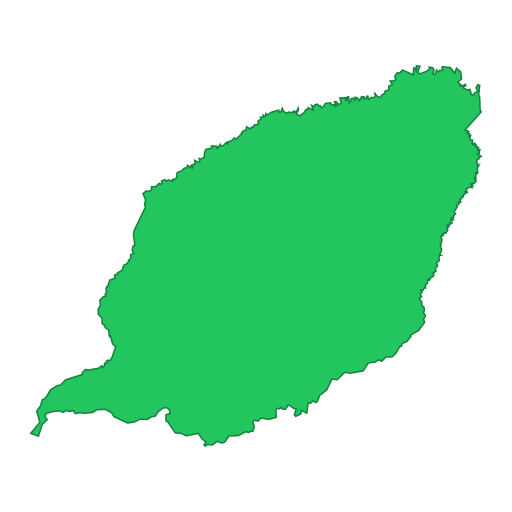 the district of Atalaia do Norte, Amazonas, Brazil
{"feature_id": "56859067B65485881106504", "entity_name": "Atalaia do Norte", "entity_type": "district", "adm_level": 2, "iso_a3": "BRA", "parent_name": "Brazil", "parent_adm1": "Amazonas", "projection": "mercator", "projection_center": [-71.422, -5.671], "detail": "fine", "context": "isolated", "style": "filled", "palette": "green", "viewbox_px": 512, "rotation_deg": 0, "n_neighbors": 0, "source": "geoboundaries", "source_scale": "gbopen_adm2", "svg_char_len": 6012}
<svg xmlns="http://www.w3.org/2000/svg" viewBox="0 0 512 512"><path d="M38.5,436.1L42.1,424.6L47.3,419.6L45.2,417.1L45.6,413.8L52.0,411.7L59.3,410.9L63.3,412.4L65.8,410.5L69.0,411.4L73.3,410.7L75.3,413.6L79.8,412.6L83.9,413.3L92.4,412.5L97.1,409.7L105.3,409.4L111.7,412.9L114.0,416.7L127.7,423.0L134.2,422.0L140.4,419.1L147.2,419.5L151.0,417.0L155.3,416.1L158.1,411.9L162.7,408.2L166.4,407.6L169.0,409.1L170.2,413.4L166.0,414.7L165.9,420.7L167.7,421.8L175.3,432.9L181.7,433.5L186.1,435.8L198.4,433.4L201.8,438.6L206.0,442.1L204.0,444.7L205.0,446.2L207.5,444.6L212.7,444.9L216.8,441.4L222.0,443.1L225.0,441.8L229.0,436.0L238.4,435.6L245.8,431.7L248.9,432.5L250.6,431.2L252.8,431.4L254.3,426.8L252.9,422.6L253.8,420.2L258.3,421.0L261.0,418.0L268.9,419.4L276.3,417.3L275.9,409.9L277.6,408.2L279.5,408.9L281.2,407.4L282.8,409.4L285.6,409.3L288.1,405.2L289.2,405.2L293.9,408.5L296.3,408.8L294.3,414.8L295.7,416.4L300.7,414.0L301.4,410.4L306.7,413.2L308.2,402.8L310.3,403.3L313.4,400.7L315.4,402.6L317.2,401.7L319.7,395.4L326.7,389.9L332.1,379.0L336.9,379.8L345.0,372.3L350.5,373.2L363.2,370.9L368.4,363.0L375.2,362.0L378.8,359.9L381.8,361.2L386.0,356.9L391.9,357.0L396.1,353.0L399.6,346.7L401.5,346.3L401.6,344.5L403.7,342.7L406.6,341.8L410.9,336.4L411.0,334.8L418.7,330.4L424.7,322.2L423.6,319.4L425.5,315.6L423.3,312.5L424.4,310.4L423.9,306.9L422.0,305.9L421.6,301.6L419.1,298.4L421.5,296.8L420.2,293.6L422.1,292.4L420.9,290.1L423.0,290.3L424.4,287.6L425.6,288.1L425.5,284.7L427.4,283.3L427.8,280.1L429.0,280.3L428.6,279.2L429.9,279.6L431.1,277.3L433.3,276.5L433.8,274.3L432.8,273.3L436.1,271.1L435.2,269.0L437.7,265.7L436.5,262.9L439.3,260.7L439.0,257.2L439.7,255.3L441.0,255.3L439.7,254.4L441.5,250.6L441.5,248.4L440.1,246.9L441.1,245.3L440.4,242.9L441.4,242.8L442.0,239.8L440.8,236.7L443.2,235.5L442.1,234.3L444.0,233.7L444.0,232.7L445.7,233.2L447.8,230.1L447.0,228.6L449.1,226.2L447.3,226.3L447.9,224.8L450.9,223.8L450.5,222.5L452.0,222.8L451.1,219.5L453.2,219.8L451.6,217.9L453.3,218.0L454.0,215.0L455.6,214.0L454.1,211.9L457.3,206.7L456.3,205.6L459.1,203.8L458.6,202.1L460.8,202.1L459.7,199.1L461.3,198.9L462.7,195.8L463.4,197.4L463.4,195.1L465.9,193.2L464.8,191.8L467.3,192.4L466.1,189.2L469.3,187.2L472.2,187.7L471.1,184.6L472.6,185.4L471.9,183.6L474.0,183.6L476.4,180.9L475.1,179.5L474.8,180.4L474.8,178.9L475.9,178.5L474.5,177.4L475.9,176.5L475.7,172.9L476.9,172.9L476.6,173.8L477.8,173.3L477.3,168.3L478.9,164.9L477.5,165.9L476.7,160.4L478.4,158.2L478.9,159.6L478.9,157.8L481.1,156.3L477.4,153.9L479.2,153.4L479.6,150.9L478.3,150.4L479.6,149.6L477.4,148.9L478.5,147.4L475.7,146.8L476.5,145.9L475.8,144.4L474.6,144.8L474.7,143.2L472.1,143.9L472.6,140.1L470.6,140.1L469.7,138.3L470.6,135.5L468.7,136.2L469.6,133.7L466.8,133.2L468.8,131.5L465.1,129.9L481.3,111.8L480.1,110.1L479.7,97.1L478.7,95.0L479.7,85.5L477.9,84.6L476.0,87.8L477.8,91.4L474.6,92.9L473.6,95.0L471.3,94.6L470.0,89.4L467.8,89.9L463.8,88.5L463.1,87.2L465.8,85.5L465.2,84.3L461.4,86.5L459.9,85.9L461.0,84.9L457.8,82.1L461.6,78.9L460.7,71.9L456.5,68.2L454.7,73.2L450.4,67.6L442.6,66.7L441.8,67.6L442.9,69.7L442.1,70.5L440.0,70.2L438.5,72.0L436.7,70.1L434.8,74.4L432.6,73.6L434.1,70.3L432.7,67.7L429.2,67.1L429.6,68.6L427.2,71.0L419.9,73.9L418.2,72.3L418.2,70.6L420.0,66.4L416.4,65.8L416.1,70.7L414.9,68.2L413.7,68.0L413.1,74.7L402.4,70.0L399.5,73.1L397.5,72.7L395.3,75.1L394.8,77.1L396.0,78.7L394.4,80.9L390.1,81.0L392.4,84.4L388.7,86.2L388.7,89.9L385.1,91.1L384.3,93.7L381.7,94.9L380.9,97.6L377.3,96.4L374.4,92.6L375.4,95.6L374.5,97.4L371.0,97.5L368.7,99.5L367.8,98.8L368.1,96.3L367.0,96.1L366.8,97.7L364.2,98.9L363.4,98.1L364.2,96.9L361.6,96.6L359.5,100.6L357.1,97.7L355.1,97.3L355.5,99.3L354.3,100.1L353.5,98.2L351.3,98.5L350.8,101.1L349.3,102.6L348.6,96.9L347.4,96.9L346.9,100.0L345.7,100.3L345.9,97.8L339.9,97.9L341.3,102.9L338.9,104.6L335.9,101.5L334.3,102.0L336.8,105.7L335.4,106.5L334.8,104.8L331.6,104.8L330.6,102.8L325.4,103.4L322.8,107.5L321.2,107.5L320.4,105.7L318.8,105.7L317.6,104.2L315.0,104.6L314.0,106.7L311.6,105.3L313.3,110.1L308.1,107.6L307.6,109.7L306.0,109.3L304.2,112.5L299.8,115.8L296.3,114.0L298.5,110.0L298.1,108.0L297.1,110.6L293.9,112.6L293.7,111.1L291.7,112.8L289.4,111.9L286.4,113.1L283.4,111.3L282.3,108.3L280.7,112.1L279.3,112.3L278.8,110.1L271.2,112.3L267.6,114.9L265.8,113.6L265.5,115.8L264.5,116.3L263.2,115.1L263.4,117.0L260.4,117.2L260.9,119.3L258.0,121.0L258.1,124.5L254.3,124.9L253.3,127.1L251.4,127.1L250.7,129.0L246.6,126.8L245.9,130.3L243.8,130.5L241.4,132.9L242.0,133.7L235.9,139.1L234.2,137.9L231.7,140.7L227.8,141.9L227.9,143.8L226.2,142.5L223.1,145.7L221.2,146.2L220.3,144.3L218.2,148.0L217.1,148.4L217.4,146.5L212.2,145.8L211.3,146.2L211.7,148.1L205.9,149.4L204.5,152.4L204.2,157.4L200.9,159.0L199.1,158.5L200.0,160.5L198.4,162.2L194.6,160.4L195.3,163.9L193.0,164.4L192.4,167.4L191.3,165.3L190.4,167.4L187.5,165.3L186.7,168.0L184.4,168.0L181.7,170.8L177.1,172.6L176.6,177.7L174.3,179.5L173.1,180.3L172.9,179.3L171.5,180.9L168.3,179.9L166.7,181.1L164.8,179.6L161.5,181.0L162.0,182.7L160.9,184.4L159.1,183.3L155.5,186.9L151.6,186.6L151.5,190.1L148.1,191.5L146.5,190.8L143.0,193.6L145.6,199.8L144.6,204.2L145.4,207.2L134.2,230.4L133.4,234.4L134.9,245.0L133.1,246.1L132.1,249.9L133.6,253.7L130.6,254.6L130.8,258.5L128.4,260.3L129.1,261.1L126.4,264.1L123.7,265.3L122.1,270.2L117.2,273.2L117.5,274.2L114.6,275.1L114.9,278.2L109.7,280.1L107.6,286.8L106.7,286.7L105.9,288.7L106.7,291.6L105.1,294.3L105.8,296.1L103.2,296.8L99.8,300.2L100.5,305.3L98.2,309.1L98.3,314.1L101.9,318.2L102.1,323.5L104.7,325.7L105.3,327.8L108.7,330.0L109.2,335.4L109.5,336.5L110.4,335.8L112.6,343.9L115.6,346.8L112.0,357.6L109.4,360.9L107.8,360.1L106.4,361.2L106.6,362.8L104.6,363.3L104.4,365.8L102.8,367.4L101.7,365.8L98.7,368.2L88.3,370.1L85.5,369.5L82.5,372.3L82.3,374.5L65.7,379.7L60.4,385.1L57.3,385.5L50.2,390.1L47.2,395.6L44.3,399.1L42.3,399.7L40.5,405.9L36.7,411.2L39.9,422.3L30.7,433.4L38.5,436.1ZM472.5,144.3L473.5,143.6L474.0,143.8L473.4,144.9L472.5,144.3Z" fill="#22c55e" stroke="#15803d" stroke-width="1.5"/></svg>